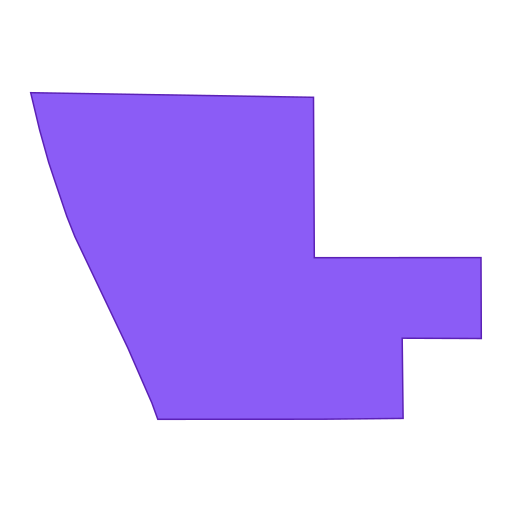 outline of Muskegon, Michigan, United States of America
{"feature_id": "52423323B98514650988046", "entity_name": "Muskegon", "entity_type": "district", "adm_level": 2, "iso_a3": "USA", "parent_name": "United States of America", "parent_adm1": "Michigan", "projection": "albers", "projection_center": [-86.217, 43.295], "detail": "fine", "context": "isolated", "style": "filled", "palette": "violet", "viewbox_px": 512, "rotation_deg": 0, "n_neighbors": 0, "source": "geoboundaries", "source_scale": "gbopen_adm2", "svg_char_len": 362}
<svg xmlns="http://www.w3.org/2000/svg" viewBox="0 0 512 512"><path d="M30.7,92.7L39.6,129.9L48.7,162.5L55.2,182.0L66.8,216.3L74.9,236.7L119.0,329.4L128.1,348.5L131.4,356.1L147.5,393.0L151.9,403.0L157.8,419.3L322.6,419.2L403.1,418.4L402.2,338.2L481.3,338.5L481.0,257.6L314.3,257.7L313.5,97.3L30.7,92.7Z" fill="#8b5cf6" stroke="#5b21b6" stroke-width="1.5"/></svg>